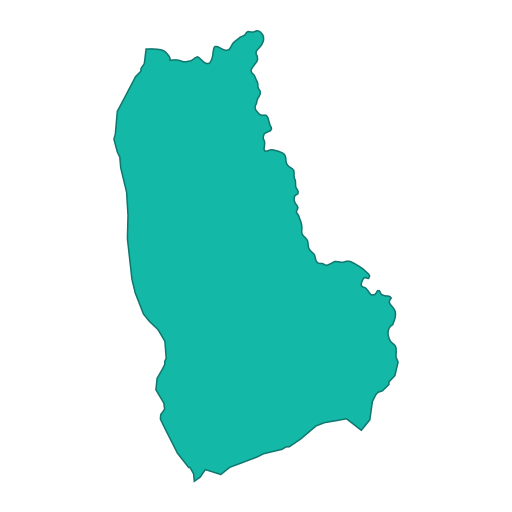 outline of San José Poaquil, Chimaltenango, Guatemala
{"feature_id": "79465075B26188939943042", "entity_name": "San José Poaquil", "entity_type": "district", "adm_level": 2, "iso_a3": "GTM", "parent_name": "Guatemala", "parent_adm1": "Chimaltenango", "projection": "natural_earth1", "projection_center": [-90.895, 14.861], "detail": "fine", "context": "isolated", "style": "filled", "palette": "teal", "viewbox_px": 512, "rotation_deg": 0, "n_neighbors": 0, "source": "geoboundaries", "source_scale": "gbopen_adm2", "svg_char_len": 3948}
<svg xmlns="http://www.w3.org/2000/svg" viewBox="0 0 512 512"><path d="M361.3,430.3L369.8,419.9L372.4,401.5L375.8,394.7L378.1,392.3L382.5,390.8L388.9,384.5L389.0,381.8L394.9,375.6L396.0,370.9L398.1,362.1L396.1,357.3L396.0,355.1L396.2,352.1L396.1,348.4L395.5,346.4L394.5,344.9L392.2,343.0L390.4,341.2L389.1,338.5L388.4,336.0L388.0,333.7L388.2,331.2L388.6,329.7L389.2,328.0L390.6,326.1L392.7,324.7L393.2,323.3L394.3,320.5L394.8,318.8L395.3,316.8L395.5,313.7L395.3,311.8L394.3,309.4L393.1,307.7L391.1,305.3L390.1,304.1L389.2,301.8L390.0,299.7L391.2,298.1L390.0,296.6L387.9,296.0L385.5,295.9L384.1,295.6L381.1,294.3L380.2,292.1L379.2,290.7L377.5,290.7L376.4,292.7L374.9,294.5L372.4,295.0L370.7,294.4L368.9,292.1L367.8,290.5L366.2,288.6L364.9,287.6L362.6,287.0L361.2,285.5L361.5,282.8L362.3,280.6L363.7,278.1L365.8,277.6L367.1,278.3L368.6,278.5L369.6,276.1L368.9,274.5L367.6,273.1L365.0,270.8L363.1,269.0L359.4,266.5L355.1,263.9L352.9,262.7L350.7,261.7L349.1,261.2L346.7,261.2L344.3,261.9L342.9,262.3L341.3,262.3L339.4,261.9L337.7,261.7L335.1,261.4L333.4,262.1L331.4,263.3L329.5,264.2L327.0,265.3L325.5,265.1L323.9,264.2L321.9,263.4L319.8,263.5L318.2,263.1L317.0,262.1L316.0,260.7L315.6,259.1L315.1,257.2L314.7,255.5L313.8,254.0L312.2,252.4L310.5,250.9L309.2,249.0L308.6,247.5L308.2,245.6L308.1,244.0L307.8,241.8L307.3,240.3L306.5,239.0L304.6,237.0L303.2,235.7L302.0,233.8L301.7,231.7L301.8,229.5L301.9,226.8L301.4,223.8L300.6,220.9L299.7,218.8L299.1,216.8L298.1,214.6L297.0,213.5L296.4,211.2L297.4,209.5L297.9,207.3L296.8,205.3L295.1,203.1L294.3,200.5L294.1,198.9L294.6,196.2L296.1,194.8L297.8,193.9L298.2,192.0L297.5,189.9L296.0,187.7L295.6,185.3L295.5,182.3L295.4,180.6L294.2,177.7L294.0,175.2L294.1,173.1L293.8,170.6L292.4,168.8L290.5,167.6L288.9,166.6L287.5,165.0L286.5,163.4L285.9,160.5L285.8,158.3L285.3,156.0L284.3,154.3L282.7,153.1L281.0,152.3L279.7,151.8L277.7,151.0L274.9,150.4L273.5,150.0L271.5,149.7L268.9,150.3L267.2,151.1L264.7,150.9L264.0,149.1L264.4,146.3L264.7,143.2L264.4,141.0L263.3,138.7L263.3,136.7L264.2,133.8L266.3,132.6L268.2,131.7L270.1,131.0L271.5,129.2L271.2,127.3L270.0,125.1L269.4,122.9L268.9,121.3L268.0,118.0L267.3,116.6L265.9,115.2L263.9,115.2L261.7,115.3L259.3,114.2L257.6,112.2L256.6,111.1L255.7,109.8L255.0,107.6L255.6,105.1L256.6,103.0L257.0,100.4L258.2,97.7L259.2,96.3L260.4,93.2L260.0,90.7L258.5,88.7L257.9,86.8L257.9,84.5L257.4,82.1L256.1,79.6L255.4,77.7L254.4,75.6L253.4,74.3L251.9,73.0L251.0,70.7L251.7,68.7L252.6,67.3L255.1,63.9L256.9,61.4L257.6,59.4L257.3,56.3L256.1,54.2L256.2,51.4L257.8,49.2L259.3,47.7L261.3,45.3L262.1,44.0L263.1,41.7L263.6,39.9L263.5,36.9L262.9,35.2L261.8,33.6L260.3,32.0L258.8,31.1L256.6,30.7L253.4,32.1L251.0,32.0L248.0,31.5L246.3,32.7L245.3,34.5L243.7,35.7L240.2,37.2L238.3,38.7L235.5,40.9L233.3,42.8L232.2,44.5L230.6,47.4L229.0,49.6L226.6,50.4L224.2,50.0L222.3,49.1L220.4,48.1L217.4,46.6L215.0,46.5L213.9,48.0L213.2,51.4L212.9,53.6L212.7,55.8L211.8,59.0L211.2,60.4L209.9,62.8L208.5,63.5L206.4,63.5L204.3,62.5L202.1,60.5L199.4,58.0L197.5,56.8L195.0,57.9L193.4,59.2L192.1,60.1L190.7,60.8L189.0,61.2L185.6,61.8L184.2,61.8L182.7,61.6L180.3,60.7L177.9,60.1L175.9,59.9L172.3,60.0L170.1,60.4L170.0,58.2L168.9,56.0L167.5,54.2L165.7,52.2L164.1,51.0L162.1,50.1L160.7,49.8L159.1,49.5L156.5,49.2L151.9,48.9L148.2,49.0L146.1,49.0L144.3,63.6L141.0,68.5L140.9,71.2L135.6,76.6L123.8,99.1L117.3,111.4L115.3,134.3L113.9,139.1L117.3,151.9L119.8,157.1L120.7,167.7L126.6,192.2L128.0,215.3L127.4,238.5L131.9,279.1L135.2,292.8L143.5,314.1L149.6,321.6L157.9,329.4L164.9,341.3L166.2,358.2L164.7,361.5L164.9,364.1L162.5,369.0L157.1,378.3L155.9,389.8L163.8,403.0L164.6,409.1L163.2,411.2L160.7,414.6L160.4,419.1L164.2,427.0L177.5,453.3L188.7,467.5L190.1,467.6L193.6,473.9L194.3,481.3L200.2,477.1L205.3,469.6L220.8,474.5L229.8,467.3L257.3,456.9L263.4,453.8L282.0,449.3L286.1,446.9L289.2,446.8L300.5,439.1L316.1,425.9L324.3,422.7L346.5,418.8L361.3,430.3Z" fill="#14b8a6" stroke="#0f766e" stroke-width="1.5"/></svg>